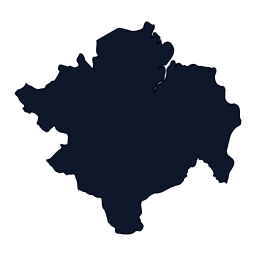 SVG path tracing the border of Sumatera Selatan
{"feature_id": "IDN-1230", "entity_name": "Sumatera Selatan", "entity_type": "Province", "adm_level": 1, "iso_a3": "IDN", "parent_name": "Indonesia", "parent_adm1": "", "projection": "natural_earth1", "projection_center": [104.141, -3.318], "detail": "fine", "context": "isolated", "style": "filled", "palette": "ink", "viewbox_px": 256, "rotation_deg": 0, "n_neighbors": 0, "source": "natural_earth", "source_scale": "10m", "svg_char_len": 5695}
<svg xmlns="http://www.w3.org/2000/svg" viewBox="0 0 256 256"><path d="M153.7,25.1L154.1,26.8L154.1,27.6L153.8,28.3L151.4,33.3L151.0,34.7L151.2,36.5L151.8,38.2L152.7,37.1L153.5,33.8L154.1,32.9L155.6,33.1L156.8,34.4L157.9,35.8L158.9,36.5L159.7,37.3L159.2,39.1L158.4,41.0L156.9,43.2L157.0,43.6L157.9,43.6L158.7,43.0L160.0,41.2L160.6,40.4L160.9,41.7L161.2,44.4L162.4,45.3L162.7,45.3L163.2,44.6L163.8,44.3L164.8,43.1L167.3,42.2L169.6,42.9L171.6,44.8L173.0,47.6L173.5,50.5L173.1,53.1L172.2,55.3L170.4,58.4L166.4,63.8L165.6,64.5L164.7,64.7L162.3,64.8L161.6,65.2L160.8,66.1L157.9,68.5L161.8,66.5L163.7,66.5L164.8,68.9L164.9,71.8L164.7,73.4L163.9,75.6L163.9,78.6L163.7,79.7L163.1,80.2L162.1,80.8L159.4,81.7L157.7,83.1L155.9,85.0L154.7,86.9L154.0,89.1L154.1,91.7L153.7,92.6L154.6,91.7L155.5,90.3L156.1,88.8L156.7,86.4L157.6,85.5L159.5,84.1L163.3,82.0L165.0,80.7L166.0,78.8L167.0,74.5L167.2,73.2L167.0,70.3L167.2,69.3L167.9,68.0L169.7,66.1L170.6,64.8L171.4,62.0L172.3,61.1L173.5,60.9L174.5,61.4L174.9,62.7L175.1,65.8L176.0,66.7L176.2,65.2L176.7,64.2L177.7,63.7L178.9,63.6L180.1,63.9L181.7,65.7L182.6,66.2L184.9,65.8L185.5,66.1L186.6,67.1L187.8,66.8L191.4,64.9L192.6,64.7L193.9,64.6L195.2,64.9L197.3,66.3L198.6,66.6L201.4,66.7L206.2,67.6L208.7,67.8L210.1,68.0L211.0,68.5L211.0,68.9L210.3,68.9L210.9,69.7L211.7,69.3L213.2,68.0L214.2,68.1L215.1,68.5L215.6,69.4L215.7,71.2L215.4,72.6L214.4,75.2L214.1,76.7L214.2,78.3L214.8,81.0L215.9,83.4L216.8,84.5L217.8,85.4L219.4,86.0L220.6,86.6L222.5,86.7L223.2,86.9L223.7,87.2L224.7,89.4L224.5,98.4L225.5,100.8L227.2,102.8L229.4,104.2L231.8,104.6L234.1,104.1L234.8,104.3L235.7,104.9L237.0,105.4L237.8,106.2L238.7,108.1L239.2,110.4L239.2,115.7L239.5,118.4L240.5,120.4L240.6,121.1L240.3,123.9L239.7,124.7L236.0,126.8L234.1,128.7L232.2,131.1L230.6,133.8L229.5,136.7L226.0,151.0L226.4,153.6L227.8,155.6L232.4,159.5L233.5,161.5L233.5,163.8L232.5,166.5L228.8,172.6L228.3,174.7L228.0,176.9L226.7,181.4L226.5,182.6L224.3,181.2L223.0,181.5L222.0,182.1L219.8,182.1L219.3,181.5L218.9,180.1L218.5,179.5L218.0,179.1L216.8,179.1L216.5,178.7L216.3,176.9L215.9,176.3L215.1,176.0L214.1,176.1L213.8,175.8L213.8,175.3L214.3,173.6L214.0,172.3L212.8,169.5L212.1,168.8L210.9,166.9L209.4,166.2L209.3,165.8L209.2,164.7L208.8,163.8L208.3,163.2L206.6,162.4L204.8,162.1L204.3,161.5L203.3,159.7L202.6,159.1L202.0,158.9L201.4,158.9L200.1,159.4L199.5,159.1L199.1,158.5L198.6,156.9L198.1,156.2L197.7,156.2L197.4,156.4L197.0,157.5L196.8,159.3L196.0,160.1L195.9,162.2L194.9,164.9L193.6,166.3L192.9,166.6L192.2,166.6L191.3,166.2L190.8,166.2L190.3,166.5L188.8,168.1L188.0,168.4L187.5,168.9L187.3,169.5L187.1,171.9L185.9,174.1L186.0,174.8L186.5,175.4L186.5,175.8L186.3,176.2L184.6,177.3L184.1,177.8L183.6,178.6L183.0,180.4L182.6,181.1L181.7,181.9L180.5,183.3L178.6,184.4L175.7,185.0L173.5,185.9L171.0,186.7L161.7,191.6L157.7,192.7L154.8,192.7L153.5,193.1L150.0,195.0L148.7,195.9L146.2,198.6L141.2,200.9L140.7,202.7L140.3,204.5L141.2,211.0L141.2,213.1L140.4,214.6L139.0,215.9L138.7,217.9L138.8,218.3L139.9,219.6L140.0,221.2L140.4,222.4L142.5,224.9L142.9,225.6L142.7,227.1L141.9,228.9L140.9,230.0L140.6,230.3L139.5,230.6L137.7,230.2L135.7,230.4L132.6,232.8L128.4,233.8L123.1,233.6L119.8,233.0L117.7,233.0L116.8,232.7L116.2,232.3L115.7,230.4L115.9,229.1L115.7,227.8L114.7,227.0L113.9,226.6L110.7,224.6L110.3,223.4L108.7,222.1L108.3,221.5L108.1,219.8L106.4,213.0L106.0,212.5L105.2,210.2L103.5,207.9L103.1,206.9L102.7,205.2L102.3,199.5L102.1,198.4L101.6,197.7L100.4,197.1L97.0,196.9L95.4,196.3L92.9,194.4L89.8,194.1L87.9,193.3L85.4,191.5L82.8,190.9L80.3,189.5L79.0,189.6L78.2,188.1L77.9,182.8L77.6,181.4L76.1,177.5L75.7,175.4L75.0,174.5L73.8,173.6L73.4,173.5L72.3,173.8L67.7,174.0L66.7,174.6L64.2,172.3L63.7,172.1L62.6,171.7L60.7,172.4L59.7,172.5L56.5,171.2L54.8,169.8L53.4,167.4L52.7,166.5L50.7,165.0L50.0,164.2L48.8,162.2L47.3,161.1L47.0,160.2L50.1,159.3L51.0,158.7L57.8,151.6L59.0,150.6L60.1,150.0L62.0,148.3L62.1,147.5L61.2,145.7L61.0,145.0L61.2,144.6L61.7,144.6L63.9,145.5L66.0,145.1L67.4,145.3L68.1,144.1L68.7,138.9L68.7,137.2L68.4,135.5L68.0,134.3L67.7,133.9L66.4,133.0L64.8,132.8L63.8,132.4L60.5,131.8L59.7,131.5L56.6,129.2L56.1,128.2L55.5,126.2L55.1,125.7L54.6,125.5L53.6,125.8L52.4,126.7L50.0,128.8L48.2,130.9L47.1,131.6L45.9,131.2L44.3,130.1L43.2,129.7L42.6,129.2L41.0,127.2L39.3,124.8L37.9,124.0L37.5,123.6L37.4,123.2L37.5,122.5L38.4,121.1L38.6,119.0L39.1,117.2L39.0,116.6L38.6,115.9L35.8,113.1L32.3,111.7L31.3,111.6L30.0,112.9L29.4,112.8L28.6,112.6L27.4,111.8L25.8,111.6L25.2,111.2L23.4,108.8L23.3,108.0L23.7,107.8L24.7,107.8L25.1,107.4L24.6,105.0L24.2,104.4L23.1,103.6L20.6,101.0L19.9,100.0L18.6,96.9L18.1,96.3L16.5,95.0L15.4,93.2L17.6,90.6L18.2,90.1L20.6,89.5L21.7,89.0L24.7,86.8L26.2,83.9L28.3,85.7L31.3,86.6L33.9,88.5L36.8,89.7L38.9,89.8L40.6,89.3L44.1,88.9L45.1,88.5L45.6,87.8L46.3,86.0L47.2,85.1L49.9,83.5L50.9,82.7L52.0,81.5L52.3,81.5L52.8,82.0L54.4,81.2L55.3,80.3L56.1,79.3L60.1,72.4L60.3,71.5L60.1,70.8L59.2,69.8L58.8,69.1L58.7,68.2L59.0,67.1L59.4,66.1L60.0,65.4L60.7,65.2L61.8,65.4L63.4,66.0L65.1,66.3L67.0,67.1L68.6,67.2L70.2,66.4L73.2,67.8L74.6,68.2L75.8,68.0L78.2,66.9L78.9,66.4L79.2,65.8L79.1,64.0L78.8,63.1L77.3,61.0L77.3,60.0L77.7,58.5L78.6,57.1L79.8,54.4L80.8,54.0L81.7,54.3L83.0,56.0L84.0,58.3L84.4,59.8L84.8,60.9L91.3,68.0L92.4,68.6L93.4,68.5L93.7,67.7L93.5,66.5L93.8,65.2L93.6,63.4L93.0,60.4L93.0,59.2L93.2,58.4L93.6,57.8L94.2,57.5L96.2,57.3L97.1,57.0L97.9,56.5L98.8,55.6L98.8,55.2L97.6,53.7L97.0,52.2L96.8,50.2L97.4,42.2L97.0,41.0L97.8,40.3L117.5,29.0L119.3,28.7L121.5,28.8L130.9,31.4L133.7,31.7L137.1,31.2L141.9,29.7L143.5,28.2L145.0,23.8L145.4,23.1L146.2,22.2L147.0,22.2L147.9,22.5L151.7,25.3L152.8,25.5L153.7,25.1Z" fill="#0f172a" stroke="#020617" stroke-width="1.5"/></svg>